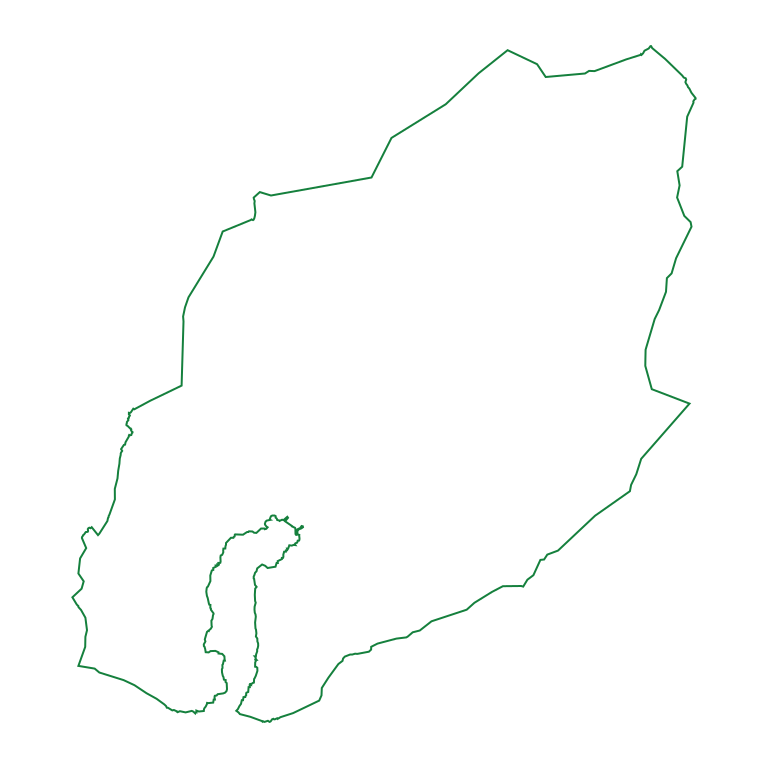 the district of Sauda nor, Rogaland, Norway
{"feature_id": "86288312B22433756147713", "entity_name": "Sauda nor", "entity_type": "district", "adm_level": 2, "iso_a3": "NOR", "parent_name": "Norway", "parent_adm1": "Rogaland", "projection": "mercator", "projection_center": [6.323, 59.704], "detail": "fine", "context": "isolated", "style": "outline", "palette": "green", "viewbox_px": 768, "rotation_deg": 0, "n_neighbors": 0, "source": "geoboundaries", "source_scale": "gbopen_adm2", "svg_char_len": 6050}
<svg xmlns="http://www.w3.org/2000/svg" viewBox="0 0 768 768"><path d="M78.4,665.9L94.7,668.6L99.3,672.5L123.6,680.1L134.5,685.2L146.5,693.2L156.6,698.8L164.3,704.4L166.1,706.1L166.8,707.7L168.0,707.8L172.3,710.4L173.9,710.0L177.0,711.4L176.9,711.7L177.6,712.2L179.9,711.2L185.6,712.4L191.8,710.9L193.3,711.6L195.1,713.3L195.3,712.5L196.5,712.5L196.4,710.6L198.9,711.5L203.8,711.0L204.0,709.1L204.6,707.9L205.7,706.6L206.9,704.1L207.1,702.9L208.3,703.1L213.2,702.6L213.7,699.5L214.9,699.5L214.5,697.1L214.8,695.8L216.6,695.5L217.7,694.2L223.2,693.4L225.0,692.7L226.5,691.1L227.0,689.2L226.7,683.1L225.5,681.9L225.7,680.1L223.9,679.6L223.5,677.1L222.8,675.9L222.0,672.3L221.9,669.2L222.5,668.0L222.4,664.9L222.9,664.3L223.7,660.6L224.9,660.6L224.6,659.4L224.4,656.3L222.2,653.9L218.5,653.5L218.5,652.3L215.4,650.9L210.5,651.1L208.7,652.4L205.7,652.2L205.2,649.1L204.5,646.7L203.9,646.1L203.8,644.3L205.4,641.5L204.8,639.4L207.0,631.9L208.3,630.8L208.8,631.0L209.0,630.3L210.8,628.7L211.9,626.8L211.6,625.6L211.4,620.7L212.5,618.9L213.0,615.2L213.6,613.9L213.5,613.3L210.9,609.7L210.9,608.5L210.3,607.9L210.4,604.9L209.3,604.7L208.9,603.6L207.7,598.0L206.9,595.8L206.3,591.7L206.7,588.1L207.1,587.2L207.9,586.6L210.4,581.1L210.3,575.5L211.8,570.5L213.3,569.9L213.2,568.0L215.9,566.7L215.6,565.5L217.4,565.4L217.3,564.2L218.0,564.2L218.0,565.4L218.6,565.0L218.9,564.7L218.9,564.1L218.5,562.9L220.3,562.8L220.6,561.6L220.4,557.3L220.7,555.5L222.2,554.8L223.3,552.3L223.2,550.5L223.4,548.6L225.3,548.5L225.5,546.1L226.0,544.8L226.0,543.0L230.9,537.8L233.4,537.8L233.7,537.0L234.6,536.5L234.8,534.7L235.1,534.4L243.0,534.7L246.0,532.7L247.2,532.0L248.4,532.0L249.0,531.3L252.5,531.5L254.0,532.7L256.4,532.9L261.1,528.5L264.5,528.5L264.8,529.2L266.3,528.8L267.6,527.3L266.4,526.5L265.0,524.6L264.9,523.7L265.6,521.6L266.7,520.6L270.2,519.9L269.6,519.6L270.9,516.3L272.3,515.5L274.6,515.5L275.7,516.2L275.6,517.6L276.8,518.6L277.2,520.0L279.4,520.5L279.6,520.9L282.1,519.7L283.5,520.1L287.3,516.8L288.0,517.8L285.1,521.3L292.1,526.1L292.0,526.4L295.0,527.8L295.4,528.6L295.5,534.0L296.1,534.9L296.7,534.9L296.9,534.3L296.4,532.2L296.9,530.3L297.7,529.2L300.1,528.1L301.6,526.0L302.8,526.3L303.0,527.2L301.3,528.4L298.7,529.4L297.4,531.1L297.4,533.4L297.8,534.4L299.3,534.9L299.2,535.8L299.5,538.4L299.4,539.9L298.9,540.7L297.7,540.7L297.2,542.6L295.4,543.3L294.8,544.2L295.4,545.1L293.6,544.9L291.8,545.6L289.3,545.3L288.2,548.5L287.0,548.5L287.4,549.7L287.1,550.3L285.9,550.4L285.9,551.6L284.1,551.7L283.3,554.8L283.4,556.6L283.1,557.8L281.9,557.9L281.9,559.1L277.7,561.1L277.8,563.0L276.6,563.0L275.5,566.7L267.6,568.0L265.2,565.8L262.1,564.5L257.2,568.4L256.5,571.3L255.1,572.7L254.3,575.3L253.7,576.5L253.7,578.5L254.1,578.8L255.0,584.9L256.6,586.9L255.2,588.6L254.8,594.8L255.1,600.9L255.7,602.7L254.6,606.7L254.5,609.7L254.8,612.7L255.5,614.4L255.8,616.7L255.1,622.5L255.5,628.5L256.0,629.6L256.4,633.4L255.9,636.5L257.3,638.5L257.4,641.5L258.1,643.3L258.2,645.8L257.7,648.2L257.1,649.5L257.2,651.3L256.1,654.4L255.9,656.3L254.7,656.3L255.6,657.5L255.7,658.7L256.6,659.9L255.4,659.9L255.8,661.1L255.2,662.4L255.1,666.7L256.3,666.9L257.3,667.8L257.4,670.9L255.8,675.8L254.6,678.3L254.1,679.0L253.9,682.6L252.7,683.0L252.1,683.6L250.3,684.0L250.9,685.2L249.7,685.2L249.8,687.1L248.6,687.1L248.2,692.0L246.4,692.7L246.1,693.9L246.2,695.2L245.6,695.8L245.3,697.0L243.5,697.1L243.0,700.2L241.8,700.2L241.0,703.9L239.4,706.1L237.9,709.1L236.3,710.8L238.5,712.4L239.9,714.1L250.3,716.8L261.5,720.9L262.6,721.7L262.9,721.2L264.5,721.9L267.9,720.8L269.5,721.9L269.9,721.8L270.7,721.3L272.1,719.3L273.4,718.8L274.0,719.3L274.9,719.3L277.1,718.3L277.5,718.7L277.7,718.3L278.4,718.5L280.4,717.2L293.1,713.1L319.2,700.6L321.5,695.4L321.8,688.0L328.4,677.7L338.4,664.0L342.5,660.9L343.1,658.5L344.8,656.6L350.2,654.5L352.4,654.5L355.1,653.7L357.3,653.9L368.9,651.7L371.1,649.6L371.2,646.8L377.5,643.6L396.4,638.6L406.3,637.4L407.7,636.6L412.7,632.3L419.8,630.5L431.5,621.3L466.7,609.7L474.4,602.8L492.0,591.9L502.9,586.2L521.2,586.0L523.2,586.6L527.4,579.7L533.4,575.2L540.4,559.9L544.1,559.5L547.3,554.6L558.0,550.6L595.1,515.7L629.9,491.2L631.1,484.9L636.3,474.2L641.2,458.8L689.5,403.6L651.8,389.2L645.3,365.9L645.4,359.1L645.6,349.7L654.7,319.0L659.1,310.1L666.0,291.8L666.9,278.1L671.6,273.4L676.1,258.2L691.5,226.7L690.6,222.1L684.3,215.9L677.1,197.5L679.6,185.4L677.3,171.2L682.2,166.7L687.2,116.7L693.5,102.7L693.3,101.3L694.6,99.4L695.6,98.8L695.6,98.1L691.4,92.7L689.3,88.5L688.0,87.1L687.4,85.4L686.1,83.7L685.4,82.1L686.2,79.6L685.7,78.3L683.7,77.5L682.3,75.6L665.2,59.0L652.2,48.1L651.1,46.1L650.5,46.1L648.7,48.5L644.5,50.7L643.1,53.3L641.5,54.9L640.9,54.2L640.5,54.9L626.2,59.4L594.6,71.1L589.1,70.9L585.0,73.5L545.7,77.0L537.1,64.2L507.6,50.2L478.6,73.3L445.8,104.2L391.5,137.9L371.5,177.5L271.0,195.5L259.8,192.1L253.7,197.6L253.9,198.9L254.7,201.0L254.4,203.4L255.4,212.3L254.9,215.9L254.3,218.3L253.6,219.7L253.0,220.1L251.5,219.4L250.8,220.0L222.7,231.5L213.5,256.6L188.5,297.3L185.0,307.4L183.1,316.5L183.5,321.4L181.6,385.6L150.3,400.7L134.3,409.3L133.3,408.7L130.8,412.4L129.8,413.0L128.9,412.8L128.9,414.5L129.7,415.1L129.9,415.6L129.0,416.8L128.9,417.9L128.0,418.4L127.9,418.8L128.3,419.5L128.4,420.1L126.9,422.0L126.8,423.3L126.4,424.2L126.5,425.3L127.7,426.0L130.3,428.6L130.7,428.5L131.3,429.3L131.0,430.1L131.8,431.6L132.5,432.0L132.5,432.6L131.8,433.3L131.3,435.0L130.1,435.3L129.2,434.9L128.9,435.4L128.8,436.6L125.5,442.3L125.1,444.6L123.9,444.9L121.1,449.1L122.2,450.9L121.1,452.5L120.7,453.6L120.7,454.9L119.8,458.5L119.4,463.8L118.2,470.8L117.5,478.4L114.8,488.9L114.9,499.4L109.4,514.7L108.7,516.0L108.5,517.4L108.0,518.0L107.4,521.0L99.3,533.7L98.0,535.1L91.7,527.2L90.6,528.2L89.3,527.7L88.4,528.2L87.8,529.1L88.1,531.0L87.7,531.8L85.7,532.1L84.1,534.4L83.0,535.3L82.7,536.2L82.0,537.1L81.9,538.0L86.2,548.1L80.1,558.4L78.4,573.5L83.7,581.3L81.6,588.7L72.4,597.3L76.8,604.6L78.3,606.0L78.3,606.7L78.8,607.5L81.0,609.9L85.4,617.7L87.0,630.2L85.4,636.8L85.2,646.9L78.4,665.9Z" fill="none" stroke="#15803d" stroke-width="2"/></svg>